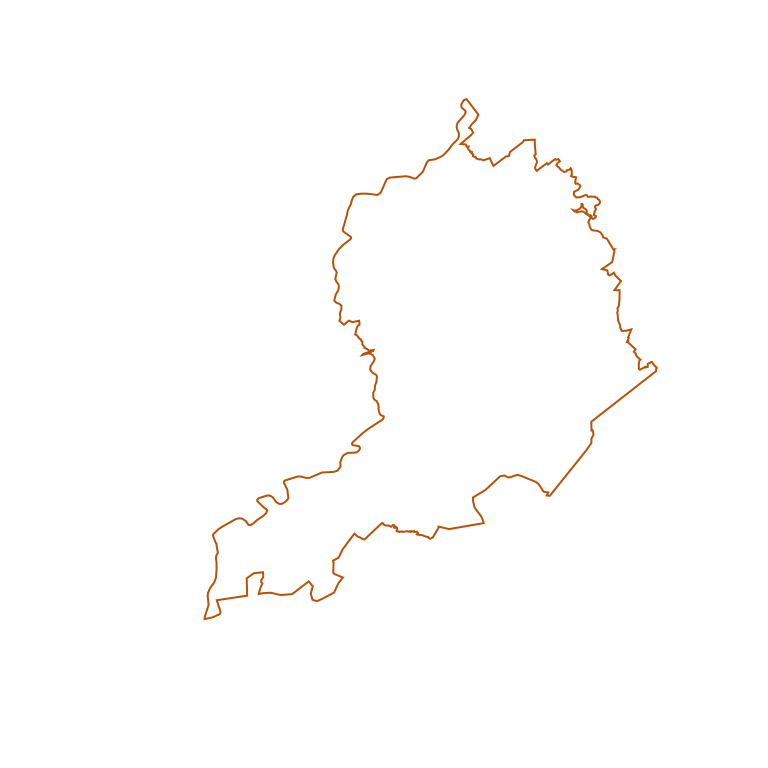 the district of Raiskuma pag., Pargaujas, Latvia, rotated 145°
{"feature_id": "27541924B87883803055955", "entity_name": "Raiskuma pag.", "entity_type": "district", "adm_level": 2, "iso_a3": "LVA", "parent_name": "Latvia", "parent_adm1": "Pargaujas", "projection": "robinson", "projection_center": [25.193, 57.347], "detail": "fine", "context": "isolated", "style": "outline", "palette": "amber", "viewbox_px": 768, "rotation_deg": 145, "n_neighbors": 0, "source": "geoboundaries", "source_scale": "gbopen_adm2", "svg_char_len": 6166}
<svg xmlns="http://www.w3.org/2000/svg" viewBox="0 0 768 768"><g transform="rotate(145 384 384)"><path d="M109.4,434.5L110.4,437.1L112.1,438.1L111.9,439.4L108.1,443.2L110.5,445.4L111.5,447.1L110.0,447.8L107.3,452.3L107.3,453.7L109.4,453.2L111.2,454.2L112.7,453.5L114.9,454.4L116.4,458.4L116.4,460.9L117.5,464.1L115.2,465.4L112.2,465.6L112.2,468.2L114.4,468.9L114.6,469.8L115.1,470.1L123.9,469.8L124.0,471.5L136.6,471.0L136.7,473.3L135.8,475.0L131.3,478.1L130.6,479.8L130.3,481.6L130.6,482.9L129.8,485.0L127.9,485.2L123.6,492.9L120.4,497.7L129.5,503.4L131.5,502.5L147.5,501.8L151.1,499.1L153.4,500.4L169.3,499.9L167.8,508.4L174.1,510.1L175.7,512.4L177.6,513.7L179.1,516.0L178.7,516.7L178.8,517.6L180.5,519.2L180.6,519.6L179.2,520.7L179.6,521.8L179.4,522.7L179.9,522.9L178.9,523.8L179.7,525.0L180.2,525.0L180.0,525.7L180.4,527.5L179.8,529.2L178.5,530.0L180.2,531.0L179.6,533.3L183.6,536.7L170.3,537.9L166.8,538.8L166.3,542.7L167.4,544.9L162.3,546.7L157.3,547.5L152.2,550.5L153.0,570.1L156.0,570.7L160.1,568.8L161.5,567.1L161.8,565.8L160.7,561.5L160.9,560.3L162.2,559.0L164.6,558.0L174.1,555.7L176.9,553.2L178.0,550.7L178.7,546.9L180.4,544.1L183.0,542.3L190.2,541.0L197.5,538.7L204.9,537.3L213.0,538.6L219.2,541.7L222.1,540.8L230.1,535.7L239.6,534.0L241.1,534.6L244.6,539.4L247.0,541.7L260.9,549.8L264.3,550.2L277.0,542.6L280.1,542.6L281.2,542.8L288.3,549.3L293.7,553.1L297.8,555.2L301.6,555.0L304.8,553.1L307.6,550.6L314.5,546.7L316.6,544.4L329.4,534.0L329.9,532.5L326.8,523.5L327.0,522.7L328.1,521.9L337.5,521.4L342.9,520.5L350.1,517.9L353.8,515.5L356.0,512.9L358.2,508.5L358.5,507.2L358.3,504.3L358.8,502.5L363.7,497.9L364.3,495.0L364.1,491.8L365.2,489.5L367.5,487.1L372.1,485.0L376.6,481.2L376.9,480.4L376.5,478.2L374.5,474.9L374.0,472.5L376.0,469.7L380.2,466.7L381.5,463.4L384.3,461.3L382.8,455.5L376.4,456.1L374.4,452.8L368.1,450.1L369.9,446.6L369.5,446.5L372.0,446.8L374.0,445.7L379.2,441.0L378.2,439.3L378.3,437.2L377.8,434.2L377.3,433.8L377.8,433.1L377.4,430.9L379.1,429.1L378.7,425.6L379.3,424.7L378.0,422.7L376.8,419.7L373.1,417.8L374.2,417.2L374.4,417.5L374.1,417.7L374.8,418.2L377.0,417.4L378.9,419.2L383.9,420.6L385.3,420.2L379.6,418.2L377.6,416.3L376.6,413.9L377.0,410.6L377.2,409.8L380.2,408.1L384.7,406.4L387.1,403.8L387.0,399.9L385.1,395.8L385.6,394.0L389.0,390.1L392.6,387.6L394.8,384.6L397.9,383.0L400.7,378.7L400.8,376.8L399.9,374.2L400.2,371.2L401.8,367.9L402.8,366.9L404.6,362.2L404.5,360.3L402.8,357.7L403.4,356.8L404.7,355.9L406.2,355.7L422.4,356.3L429.3,356.0L442.7,354.3L444.4,353.6L444.8,352.0L440.2,347.5L440.0,346.4L441.0,344.6L443.5,343.7L446.2,343.9L453.4,348.4L458.2,348.9L461.0,347.6L464.8,344.9L466.9,341.3L471.7,339.7L475.9,341.0L485.6,347.1L498.9,349.9L501.7,351.8L505.2,355.9L507.5,357.6L519.9,361.6L521.6,361.7L522.5,360.9L523.8,352.9L527.6,345.7L528.9,344.8L531.9,344.1L536.0,344.3L538.2,345.4L539.6,347.9L540.0,349.4L540.1,355.1L541.4,357.7L542.5,358.9L544.1,359.8L552.0,362.3L554.2,361.9L555.0,360.6L553.2,351.4L552.2,349.2L552.0,347.7L554.4,345.9L558.8,345.2L565.4,345.4L572.2,344.7L574.5,345.1L575.8,346.4L575.8,351.1L577.5,355.2L579.8,357.2L583.0,358.4L598.5,359.9L602.9,360.0L609.6,359.0L610.6,358.5L611.4,356.9L612.9,350.4L612.9,348.9L613.9,347.6L616.6,341.6L617.2,340.8L619.6,339.8L621.6,337.6L623.5,334.0L627.3,328.4L632.6,321.9L636.7,318.9L643.4,316.6L647.8,314.0L650.0,311.5L654.4,303.6L664.4,296.1L665.8,294.3L658.2,291.2L650.7,289.7L649.6,290.1L648.4,291.6L645.0,302.8L617.5,289.1L607.9,303.6L599.0,303.6L591.1,299.2L593.1,295.8L594.1,294.9L597.3,293.6L598.2,292.0L598.0,290.4L602.8,287.5L607.0,283.8L603.5,282.3L596.6,278.1L589.7,270.4L579.8,264.6L558.9,265.5L558.4,259.1L564.3,254.3L566.3,248.3L565.4,246.9L563.4,244.6L558.3,243.5L544.5,241.8L535.8,246.9L528.7,249.1L533.4,256.5L533.9,258.4L527.7,266.7L527.2,268.5L520.8,267.8L512.7,272.3L494.1,278.4L493.1,274.1L491.2,271.4L490.5,269.3L489.1,267.8L465.5,271.3L464.6,270.1L465.0,269.3L463.9,267.3L461.1,265.1L460.3,263.3L459.7,262.8L458.0,263.4L456.8,262.7L457.2,262.1L456.6,261.1L458.1,260.5L457.4,259.7L456.1,259.5L455.8,258.6L456.5,257.5L458.0,256.5L457.9,255.8L456.6,254.9L456.3,253.9L454.0,253.1L453.6,252.2L449.6,250.2L448.6,249.0L447.3,248.7L447.3,247.7L445.8,247.6L445.8,247.0L443.7,246.2L444.0,245.3L441.8,244.3L441.6,242.5L443.3,242.1L443.1,241.7L442.4,241.6L442.1,241.1L442.5,240.9L439.6,238.6L437.2,234.9L435.5,233.3L435.8,232.6L435.0,230.7L432.2,230.2L421.5,235.1L421.1,235.9L413.9,227.8L382.2,212.9L381.3,214.9L380.3,219.9L380.7,230.9L377.9,237.6L376.2,240.0L361.8,239.0L341.6,241.8L337.8,239.9L335.9,236.2L333.5,235.0L327.0,233.2L324.5,230.3L315.8,216.7L314.7,213.1L315.1,204.4L311.6,200.9L314.6,199.3L312.3,197.3L256.5,213.6L248.0,216.7L245.4,220.3L241.7,222.1L240.3,224.5L239.8,226.5L240.7,226.9L235.8,234.2L153.7,238.5L153.0,239.6L151.1,241.2L151.6,242.1L152.0,246.1L151.9,248.5L156.4,249.2L158.2,246.7L161.0,247.9L160.6,248.3L166.2,248.9L166.6,250.2L163.8,254.3L161.1,256.8L160.0,256.9L161.1,261.7L160.4,264.6L160.9,267.0L158.0,268.1L160.3,278.5L159.8,278.8L160.7,279.1L157.1,281.3L157.4,282.1L150.1,286.9L155.2,288.8L158.7,291.0L158.3,294.4L157.0,296.5L155.8,301.7L152.5,307.4L152.3,308.3L150.6,309.8L149.2,312.2L146.7,313.4L142.6,318.2L137.2,325.7L141.4,328.7L130.8,332.4L132.2,339.6L131.9,343.2L136.9,343.5L137.6,344.9L135.9,349.0L139.5,353.1L127.1,353.0L119.0,360.8L118.9,362.1L118.0,362.2L118.9,362.8L118.1,375.2L120.4,378.5L119.6,381.0L119.8,384.3L121.1,386.7L125.3,390.6L125.6,391.8L125.3,394.8L124.1,397.4L123.9,399.2L122.3,400.5L119.4,401.4L119.5,404.5L121.0,407.7L121.5,410.1L122.9,412.1L127.5,413.9L127.5,414.5L129.1,416.3L129.3,417.9L128.4,416.7L126.7,415.8L122.9,415.3L120.3,416.2L119.0,418.1L118.4,417.8L118.4,416.8L119.9,414.7L118.6,411.6L118.5,409.6L120.1,407.4L119.2,404.8L117.8,403.4L117.7,402.7L118.5,401.1L118.3,399.6L117.7,399.1L114.9,399.2L114.2,399.7L114.1,400.2L115.1,402.0L112.8,404.3L110.6,405.3L110.0,406.0L109.8,407.6L108.6,408.8L105.6,407.9L103.6,408.3L102.4,409.5L102.2,411.8L102.8,412.7L102.5,414.2L104.0,415.9L103.9,416.4L107.2,419.0L109.6,420.2L109.6,422.5L110.5,423.2L115.6,424.3L119.5,426.5L120.0,430.2L118.1,432.4L113.3,431.7L109.6,433.4L109.4,434.5Z" fill="none" stroke="#b45309" stroke-width="2"/></g></svg>